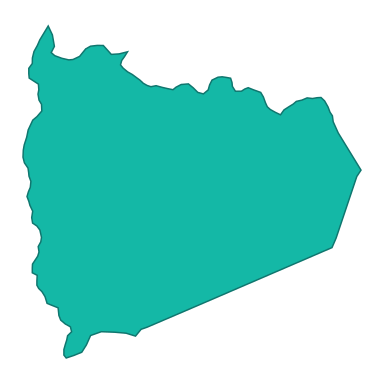 outline of Turvânia, Goiás, Brazil
{"feature_id": "56859067B2101110431814", "entity_name": "Turvânia", "entity_type": "district", "adm_level": 2, "iso_a3": "BRA", "parent_name": "Brazil", "parent_adm1": "Goiás", "projection": "albers", "projection_center": [-50.164, -16.578], "detail": "fine", "context": "isolated", "style": "filled", "palette": "teal", "viewbox_px": 384, "rotation_deg": 0, "n_neighbors": 0, "source": "geoboundaries", "source_scale": "gbopen_adm2", "svg_char_len": 1819}
<svg xmlns="http://www.w3.org/2000/svg" viewBox="0 0 384 384"><path d="M127.5,51.8L119.1,53.9L111.3,54.4L103.3,45.5L97.3,45.4L90.5,46.2L85.7,48.9L79.6,56.4L73.0,59.5L68.8,59.9L61.9,58.3L54.8,55.7L51.2,52.6L54.4,46.4L52.4,34.9L48.2,26.0L39.8,39.9L37.4,45.4L34.0,51.5L32.4,58.0L32.3,63.5L28.8,68.3L28.8,73.7L29.2,78.1L38.4,84.1L38.8,89.8L38.0,94.1L39.0,100.1L41.5,104.3L41.8,111.0L37.0,116.6L32.8,120.1L28.2,129.9L26.7,137.2L24.2,145.0L23.3,150.1L23.0,157.2L24.4,162.8L28.0,168.1L28.6,172.2L29.0,176.2L30.9,181.4L30.3,187.3L28.4,191.8L27.0,196.6L28.9,201.5L29.9,205.3L32.7,211.2L31.7,217.6L32.6,223.1L36.9,226.0L39.9,230.1L41.5,237.4L40.8,241.8L38.2,246.6L39.0,252.0L37.7,256.2L32.5,264.1L32.3,268.0L32.3,272.8L37.2,275.3L36.9,280.9L36.9,285.2L38.7,288.5L41.9,291.6L45.0,296.6L47.1,303.4L53.3,305.9L58.1,307.8L58.9,315.5L60.7,320.1L65.3,324.0L70.4,326.8L71.6,331.8L67.6,335.7L66.7,340.1L65.4,344.2L63.9,349.5L63.9,355.1L66.2,358.0L74.0,355.4L81.8,352.2L86.4,344.9L90.6,335.5L101.3,331.7L114.5,332.2L126.1,333.2L135.5,336.1L141.1,329.3L147.1,327.2L197.0,305.8L332.0,247.6L336.1,238.1L356.8,176.5L361.0,170.1L338.2,132.9L333.2,121.8L332.4,115.8L330.0,112.2L328.0,106.9L324.6,100.9L321.0,97.5L317.2,97.7L312.5,98.5L307.1,97.9L301.9,100.1L296.3,101.4L293.2,104.1L289.1,106.6L284.0,109.9L280.5,114.8L275.3,112.3L270.3,109.5L267.3,106.8L265.4,102.6L263.4,97.0L260.7,92.4L253.7,89.9L248.2,87.7L244.8,89.0L241.4,91.2L235.4,91.2L232.4,86.4L232.0,82.5L230.6,78.2L226.2,77.4L222.2,76.8L218.0,77.2L212.0,80.1L209.6,84.9L208.2,89.9L203.4,93.9L197.8,92.4L193.2,87.8L188.4,83.9L181.2,84.5L176.0,87.2L173.0,89.7L168.0,88.7L162.3,87.4L156.1,85.7L150.9,86.7L147.2,85.5L143.3,83.3L139.9,80.1L136.6,77.7L132.3,74.5L127.5,71.8L123.1,68.1L120.5,64.9L121.7,60.5L124.5,56.6L127.5,51.8Z" fill="#14b8a6" stroke="#0f766e" stroke-width="1.5"/></svg>